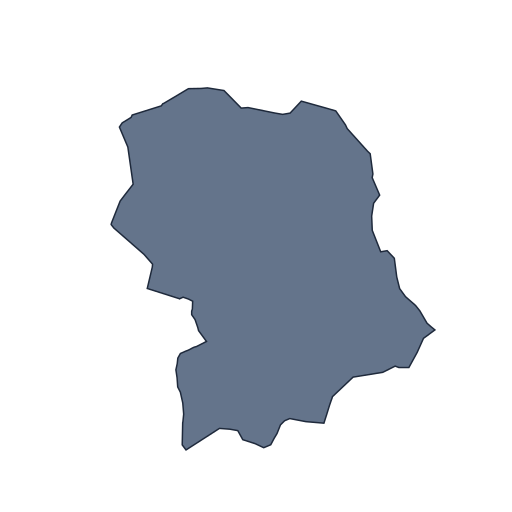 Khana, Rivers, Nigeria, rotated 335°
{"feature_id": "59680162B16294292751838", "entity_name": "Khana", "entity_type": "district", "adm_level": 2, "iso_a3": "NGA", "parent_name": "Nigeria", "parent_adm1": "Rivers", "projection": "robinson", "projection_center": [7.411, 4.698], "detail": "fine", "context": "isolated", "style": "filled", "palette": "slate", "viewbox_px": 512, "rotation_deg": 335, "n_neighbors": 0, "source": "geoboundaries", "source_scale": "gbopen_adm2", "svg_char_len": 1516}
<svg xmlns="http://www.w3.org/2000/svg" viewBox="0 0 512 512"><g transform="rotate(335 256 256)"><path d="M321.8,415.0L335.6,414.6L338.4,417.5L347.4,421.7L361.3,411.5L373.0,401.4L386.9,398.6L384.8,394.2L382.6,389.2L381.3,374.9L379.7,368.3L374.3,356.0L372.4,346.3L374.7,334.5L380.4,316.5L377.1,306.6L370.8,304.9L372.2,281.9L377.7,268.7L384.9,257.9L393.8,253.1L394.4,234.1L396.6,231.1L402.7,211.6L401.4,208.3L392.5,179.1L392.5,175.0L389.6,158.2L381.7,151.3L362.5,134.8L347.3,140.9L340.0,138.9L333.5,134.4L311.5,118.1L305.1,115.7L296.9,92.5L283.0,83.1L277.2,81.0L265.5,75.8L236.8,78.7L235.9,78.6L233.6,79.9L203.4,75.9L201.4,77.6L191.0,78.8L186.7,81.4L185.9,103.1L175.0,139.0L163.5,144.9L156.1,148.8L146.8,157.6L138.8,165.2L138.0,166.3L139.0,170.6L155.2,207.2L158.8,219.7L157.4,222.1L157.2,222.4L143.7,239.5L168.4,262.2L168.5,262.5L172.5,262.5L176.6,266.5L179.5,270.2L175.9,277.2L174.4,278.8L172.9,282.0L173.9,287.9L173.0,296.3L172.4,299.4L175.0,312.5L163.8,312.9L161.5,312.5L159.3,312.5L156.5,312.7L154.1,312.7L151.9,312.5L149.4,312.5L146.3,312.4L142.0,315.5L139.1,320.3L135.3,325.3L133.0,333.0L129.7,341.6L129.9,347.4L127.5,358.3L123.6,368.8L119.6,375.5L119.1,376.1L109.3,396.0L110.6,402.2L150.0,396.8L159.1,401.9L165.2,406.2L165.7,406.6L166.4,416.9L176.0,425.8L182.0,433.0L189.6,433.3L195.4,428.9L200.0,425.8L206.8,419.4L212.3,417.4L217.9,417.6L231.2,427.2L246.9,436.2L253.0,429.6L259.8,422.1L262.9,418.9L264.9,416.9L265.8,415.8L292.8,406.8L321.8,415.0Z" fill="#64748b" stroke="#1e293b" stroke-width="1.5"/></g></svg>